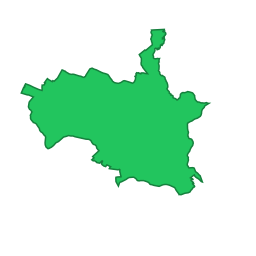 Cehal, Satu Mare, Romania (Equal Earth projection), rotated 334°
{"feature_id": "2599482B97854258133418", "entity_name": "Cehal", "entity_type": "district", "adm_level": 2, "iso_a3": "ROU", "parent_name": "Romania", "parent_adm1": "Satu Mare", "projection": "equal_earth", "projection_center": [22.618, 47.388], "detail": "fine", "context": "isolated", "style": "filled", "palette": "green", "viewbox_px": 256, "rotation_deg": 334, "n_neighbors": 0, "source": "geoboundaries", "source_scale": "gbopen_adm2", "svg_char_len": 5765}
<svg xmlns="http://www.w3.org/2000/svg" viewBox="0 0 256 256"><g transform="rotate(334 128 128)"><path d="M165.0,187.3L165.6,186.2L168.2,183.4L168.5,182.7L168.6,182.0L169.3,181.0L169.3,180.4L169.1,179.3L169.2,178.8L169.6,178.2L170.7,177.2L173.5,175.7L174.3,174.7L176.4,173.1L178.4,172.1L180.0,170.2L180.5,168.4L180.2,167.1L180.4,166.4L179.8,165.4L178.4,164.4L178.2,163.9L178.4,162.4L178.2,161.9L178.4,161.3L178.7,160.9L178.7,160.5L180.5,158.3L180.6,157.0L181.2,154.8L183.1,150.6L183.7,149.8L184.4,149.8L186.1,149.5L188.8,149.7L190.8,149.3L192.0,149.2L194.8,149.6L198.0,149.2L199.2,148.5L200.4,147.2L201.2,145.8L202.1,144.6L203.7,143.5L204.2,143.4L205.5,142.9L206.7,141.8L211.5,141.3L210.6,140.8L209.7,139.6L207.5,139.1L205.5,137.8L204.8,137.6L203.2,135.8L202.0,135.2L201.4,133.9L200.9,131.8L201.6,129.2L202.1,128.2L201.6,125.3L201.2,124.5L199.5,122.9L197.6,121.4L195.9,121.4L193.8,120.9L193.0,120.2L191.4,120.1L189.9,120.7L189.0,122.2L187.7,123.7L186.8,123.6L185.0,124.4L184.3,124.3L184.2,123.8L183.6,122.5L181.8,120.6L181.9,120.1L182.5,119.1L182.3,118.2L181.5,117.8L180.9,117.1L181.5,116.5L180.4,115.0L180.4,114.7L180.8,114.3L180.9,113.8L180.7,112.6L180.3,111.7L180.2,110.4L180.2,109.8L180.6,109.5L181.3,109.1L181.9,108.3L182.5,106.8L182.8,105.5L182.8,104.8L183.0,104.2L182.8,103.1L182.7,102.7L183.0,101.8L182.8,100.2L183.2,99.5L183.3,98.4L182.9,97.6L182.4,97.1L182.3,96.6L182.0,95.9L181.2,95.8L180.7,95.2L180.6,94.2L180.3,93.3L180.4,92.7L180.8,92.3L180.9,91.5L180.5,89.9L181.6,88.7L183.2,85.8L183.6,83.8L183.8,83.1L184.4,82.4L185.0,82.3L185.0,81.8L185.2,81.3L185.8,80.5L185.9,80.1L186.7,79.4L186.1,79.2L185.0,78.4L183.2,78.0L181.8,76.9L181.6,76.1L182.3,74.8L182.4,73.3L182.8,72.8L185.5,70.9L186.2,70.1L186.9,68.5L187.8,68.4L188.7,69.3L189.8,69.5L188.6,70.3L189.1,70.6L189.4,71.1L189.3,70.5L189.5,70.2L189.8,70.2L190.3,70.7L192.1,69.9L193.6,67.7L193.8,67.7L194.1,68.2L194.9,68.7L195.3,68.1L195.0,67.9L195.1,67.7L195.6,68.0L195.7,67.8L196.0,68.0L196.8,67.4L197.3,67.5L198.5,65.8L199.6,64.9L199.9,64.3L199.8,63.8L199.1,63.5L199.7,63.4L200.0,63.0L199.9,62.9L199.6,62.9L199.4,62.7L197.7,62.7L198.2,62.5L198.3,62.2L199.2,62.3L199.6,61.8L199.9,61.6L200.5,62.0L200.8,61.6L200.8,61.3L202.1,60.9L202.6,60.2L203.3,60.1L203.2,59.1L203.5,58.8L203.1,57.5L202.8,57.1L202.0,57.1L202.1,56.7L202.5,56.6L202.0,56.4L202.3,56.2L203.1,56.3L203.2,56.2L203.3,55.8L203.8,55.5L203.9,55.3L192.1,50.3L192.0,51.0L191.2,51.4L190.5,52.4L190.6,54.8L190.3,55.3L189.1,56.3L188.7,57.0L187.5,58.0L187.4,58.8L187.5,59.2L187.4,59.9L187.0,60.9L187.1,61.7L186.3,63.9L178.5,65.9L177.8,66.0L177.4,65.3L170.3,66.9L170.3,68.5L170.6,70.9L170.4,71.6L169.1,74.2L168.3,75.2L167.7,76.6L167.6,77.1L167.6,77.8L168.0,79.0L167.8,80.1L169.4,87.8L167.1,86.4L166.6,85.7L165.7,85.1L163.9,84.3L163.3,84.7L163.3,84.8L162.9,84.7L162.7,84.6L162.2,83.6L161.7,83.5L161.6,82.9L161.0,82.7L160.6,82.7L160.0,82.1L158.7,82.9L158.8,83.8L158.4,84.3L158.0,84.5L156.9,84.6L156.9,84.9L157.2,85.6L155.9,87.6L153.9,89.3L151.8,89.8L149.4,87.4L146.4,84.6L145.3,83.8L144.4,83.6L141.8,84.0L139.3,83.8L137.9,83.0L136.1,81.6L135.4,80.8L135.2,80.2L134.6,79.3L134.5,77.4L134.0,75.5L133.6,72.3L133.3,71.1L131.6,69.3L129.7,67.7L128.3,66.1L125.1,61.9L123.3,60.2L122.0,58.5L120.9,58.3L119.6,58.2L113.3,62.1L112.3,63.0L111.1,63.0L110.6,63.2L109.7,62.5L108.4,60.9L106.9,59.8L103.0,56.1L101.9,55.4L100.4,54.9L98.6,53.3L98.0,52.1L97.5,51.6L96.8,50.3L96.1,49.3L96.2,49.1L95.8,48.9L95.0,47.7L94.2,46.9L86.6,52.2L82.1,53.6L81.2,52.5L80.2,53.1L77.7,49.5L77.3,48.3L76.9,48.4L73.0,50.5L73.3,50.7L73.5,51.3L72.6,51.6L71.8,52.5L69.6,51.9L69.6,52.2L68.7,53.3L67.5,56.3L67.2,56.6L64.6,54.2L61.0,50.0L58.3,46.5L55.3,43.4L53.4,44.8L53.7,45.2L53.3,45.5L53.2,45.8L52.4,46.2L52.0,45.8L47.4,49.8L52.1,54.2L52.7,54.3L53.2,54.8L56.6,58.6L51.0,61.1L50.4,61.6L48.4,64.4L47.8,65.3L47.7,65.8L47.7,68.1L48.4,69.0L48.7,71.5L47.9,72.0L46.9,73.0L45.8,73.7L45.6,74.7L44.6,76.7L44.5,77.3L44.7,79.1L45.2,80.3L45.3,81.6L46.0,82.1L47.1,83.6L47.5,84.6L47.5,85.7L48.1,89.6L47.7,91.0L47.7,91.8L48.0,93.2L49.0,94.8L49.5,97.8L50.1,99.1L49.9,100.2L47.0,104.9L46.2,106.9L46.0,109.2L47.0,111.5L47.8,111.7L50.7,111.7L53.4,111.1L56.7,109.7L59.6,109.7L66.1,107.9L69.1,108.5L71.2,108.7L73.1,110.1L75.1,111.1L76.4,112.5L85.3,119.6L87.8,121.0L89.1,122.8L89.2,125.3L89.5,127.0L89.9,127.7L90.8,128.5L91.2,129.1L91.5,129.9L91.5,130.9L91.1,132.2L91.2,132.9L91.5,134.5L92.0,135.4L91.9,135.7L83.7,138.2L84.3,139.9L81.5,140.7L82.3,142.3L83.4,142.2L83.6,142.8L84.3,144.2L84.7,144.4L84.8,145.4L87.0,147.1L90.3,146.2L90.5,146.6L89.6,146.9L89.8,147.4L88.5,148.4L88.7,149.7L89.7,151.7L91.0,152.9L92.9,151.9L95.4,155.2L94.5,155.5L93.4,156.3L93.9,156.7L100.7,161.2L102.3,161.5L102.4,161.8L101.4,164.0L101.3,165.2L100.9,166.0L100.6,168.0L100.3,168.8L97.3,167.5L95.6,167.0L95.1,167.7L93.7,170.9L93.9,176.0L96.3,173.6L97.3,173.2L98.4,173.5L103.6,173.4L106.0,173.0L107.3,173.0L111.4,174.6L111.8,175.0L113.0,177.2L113.3,179.1L113.8,179.7L114.9,180.4L116.3,180.8L119.1,182.2L122.0,185.1L122.8,186.5L123.1,188.2L123.4,188.6L124.7,189.5L126.1,190.9L130.4,194.1L134.3,194.3L135.8,194.7L137.5,195.4L139.0,196.5L140.4,197.8L143.6,201.7L143.9,202.3L144.0,205.1L144.8,209.5L144.7,210.3L145.5,210.5L146.3,211.2L150.6,211.6L153.7,212.6L155.8,212.6L157.3,211.5L158.0,211.4L159.5,210.7L160.3,210.1L160.9,210.0L161.7,210.1L162.3,209.7L162.2,208.5L161.6,206.7L162.6,206.7L162.4,206.0L162.7,205.7L162.2,205.5L162.6,204.8L161.7,203.2L161.7,202.6L162.2,202.2L163.0,202.0L163.6,202.8L163.8,202.8L163.9,202.5L163.8,202.1L162.3,200.2L165.2,199.5L167.0,199.2L166.9,200.3L167.3,201.7L168.1,203.2L168.5,203.6L169.4,205.3L170.4,208.3L171.2,209.1L171.9,202.5L171.3,201.2L170.8,199.2L169.6,196.8L169.9,193.1L169.6,192.7L168.6,191.9L165.3,190.6L165.1,190.0L165.3,189.3L165.0,187.3Z" fill="#22c55e" stroke="#15803d" stroke-width="1.5"/></g></svg>